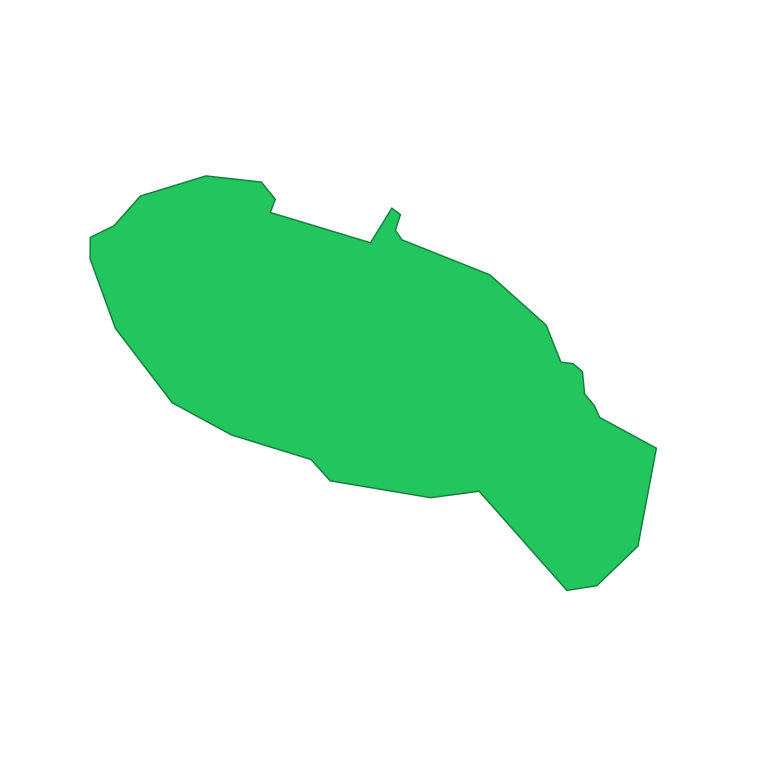 the district of Fais, Yap, Federated States of Micronesia, rotated 66°
{"feature_id": "79324940B24312539881249", "entity_name": "Fais", "entity_type": "district", "adm_level": 2, "iso_a3": "FSM", "parent_name": "Federated States of Micronesia", "parent_adm1": "Yap", "projection": "mercator", "projection_center": [140.518, 9.763], "detail": "fine", "context": "isolated", "style": "filled", "palette": "green", "viewbox_px": 768, "rotation_deg": 66, "n_neighbors": 0, "source": "geoboundaries", "source_scale": "gbopen_adm2", "svg_char_len": 566}
<svg xmlns="http://www.w3.org/2000/svg" viewBox="0 0 768 768"><g transform="rotate(66 384 384)"><path d="M226.6,305.3L249.5,338.9L181.1,418.1L171.1,408.2L149.7,413.9L121.5,462.0L113.2,530.0L129.6,566.2L130.6,592.7L150.1,601.6L224.1,606.7L315.0,585.1L368.7,543.9L423.3,481.4L450.6,472.5L506.8,387.7L520.6,340.7L646.9,300.9L654.8,271.6L635.4,218.0L553.5,161.3L502.2,200.7L489.5,200.6L474.7,204.8L453.5,197.7L442.3,203.0L436.0,213.5L396.4,211.9L327.4,242.9L259.7,308.9L248.3,311.1L235.9,300.1L226.6,305.3Z" fill="#22c55e" stroke="#15803d" stroke-width="1.5"/></g></svg>